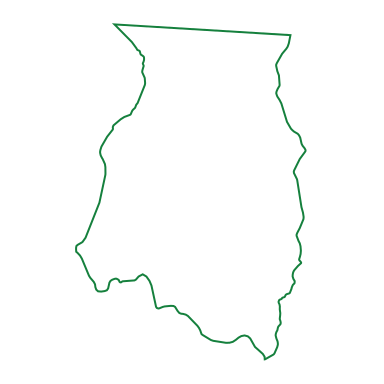 SVG path tracing the border of Wadi Fira, rotated 93°
{"feature_id": "TCD-1473", "entity_name": "Wadi Fira", "entity_type": "Prefecture", "adm_level": 1, "iso_a3": "TCD", "parent_name": "Chad", "parent_adm1": "", "projection": "orthographic", "projection_center": [21.824, 14.959], "detail": "fine", "context": "isolated", "style": "outline", "palette": "green", "viewbox_px": 384, "rotation_deg": 93, "n_neighbors": 0, "source": "natural_earth", "source_scale": "10m", "svg_char_len": 3650}
<svg xmlns="http://www.w3.org/2000/svg" viewBox="0 0 384 384"><g transform="rotate(93 192 192)"><path d="M355.3,110.6L352.7,110.9L350.0,112.8L343.4,121.0L335.2,126.2L333.2,128.7L332.5,132.0L333.3,135.2L335.0,137.9L337.3,140.4L339.5,143.4L340.6,146.8L340.8,150.4L339.5,163.0L338.8,165.4L334.1,174.1L333.3,175.1L329.8,176.5L327.4,177.9L325.3,179.6L316.0,189.6L314.8,191.8L314.2,194.5L314.1,196.5L313.5,198.3L311.5,200.2L307.6,202.9L306.8,204.5L306.8,207.3L307.7,213.3L308.3,215.2L309.9,218.6L310.1,219.6L309.6,221.1L308.5,221.9L287.5,227.6L283.0,229.8L278.8,233.1L276.8,236.9L279.2,240.9L282.4,243.4L283.3,244.8L284.8,256.5L285.1,257.1L285.6,257.7L286.0,258.3L285.9,259.1L285.4,259.7L284.0,260.4L283.5,260.8L282.6,262.7L282.5,263.5L282.8,264.8L283.8,267.1L285.0,268.7L286.8,269.7L292.7,270.7L294.6,271.9L295.5,274.0L296.2,277.5L296.1,280.6L294.5,282.5L292.1,283.5L289.3,284.0L286.9,285.4L283.0,289.1L281.0,290.5L264.3,298.5L261.3,300.5L258.8,303.1L257.7,304.5L254.9,304.8L253.2,304.8L251.8,304.5L250.7,303.3L248.1,299.3L247.6,298.7L243.2,295.9L207.5,283.9L179.4,279.4L178.0,279.4L171.7,279.8L168.7,280.4L163.8,282.9L163.0,283.5L161.1,284.6L160.2,285.1L158.1,285.7L156.9,285.9L154.9,285.7L151.4,284.8L141.2,279.6L133.8,274.4L133.3,274.3L132.6,274.3L131.4,274.5L130.5,274.2L129.8,274.0L129.3,273.6L123.1,267.0L120.6,263.5L118.4,258.4L118.2,258.0L117.9,257.5L117.4,257.2L114.4,256.1L113.6,255.7L112.7,255.0L111.2,253.5L110.7,253.2L110.2,253.0L107.9,252.3L107.4,252.0L106.5,251.3L106.1,251.0L87.6,244.7L86.8,244.6L85.8,244.5L81.1,245.1L80.6,245.2L80.1,245.4L75.2,247.9L74.6,248.0L73.9,248.0L72.6,247.8L68.9,246.9L68.4,246.9L67.9,247.1L66.9,247.6L66.4,247.8L66.0,247.8L65.5,247.6L65.0,247.4L64.4,247.2L63.1,246.9L62.5,246.8L60.6,246.9L59.8,247.1L59.2,247.5L58.4,248.6L57.7,249.9L57.3,250.4L56.8,250.7L54.2,251.5L53.9,251.8L53.5,252.5L53.0,254.0L51.3,255.1L45.4,259.9L28.7,278.2L30.2,101.9L38.5,103.1L41.9,104.1L44.0,105.3L49.2,109.2L59.0,114.1L60.5,114.6L61.1,114.6L61.8,114.5L66.9,113.1L71.0,111.3L80.5,110.1L81.3,110.2L81.9,110.4L82.9,111.0L84.7,111.9L87.1,112.8L88.3,113.0L89.2,113.0L91.3,112.2L92.3,111.7L95.3,109.5L98.9,107.4L117.0,100.8L123.6,96.5L125.1,94.9L126.4,93.2L128.2,89.7L128.5,89.3L129.3,88.5L130.1,87.9L132.0,86.8L138.1,85.1L140.0,84.0L142.5,81.8L144.0,80.9L144.5,80.8L145.1,80.8L146.1,81.3L153.4,86.1L165.0,91.1L166.2,91.4L167.0,91.3L167.7,91.2L173.8,87.8L174.9,87.5L201.4,81.9L206.8,80.1L210.6,79.3L211.7,79.2L213.3,79.3L213.9,79.5L222.4,82.5L227.2,84.7L229.0,85.3L229.8,85.3L230.4,85.2L235.2,83.1L237.6,81.7L240.5,80.8L244.9,80.2L248.2,80.3L250.9,80.8L253.6,81.5L254.1,81.4L254.6,81.2L255.9,79.9L256.6,79.4L257.0,79.3L257.4,79.4L260.3,82.3L264.5,85.6L265.5,86.2L266.8,86.7L267.7,86.9L269.3,87.1L270.3,87.1L271.0,87.1L271.6,86.9L273.2,86.3L273.7,86.1L274.8,85.3L275.6,84.8L276.4,84.8L277.2,84.8L277.8,84.9L278.2,85.2L279.0,86.0L279.4,86.3L279.9,86.6L282.2,87.4L283.5,87.6L287.6,89.0L288.1,89.5L288.4,90.2L289.0,91.9L289.3,92.4L289.6,92.8L290.0,93.1L290.4,93.3L291.2,93.6L291.7,93.8L292.1,94.2L292.3,94.7L292.7,95.8L292.9,96.2L293.4,96.6L293.9,96.8L294.2,97.2L294.5,97.7L294.7,98.2L294.9,98.7L295.3,99.2L296.0,99.5L297.0,99.8L297.7,99.7L298.3,99.5L299.7,98.7L300.3,98.6L301.5,98.3L304.6,98.2L308.3,97.5L310.5,97.5L313.5,97.7L314.4,97.7L316.4,96.9L317.7,96.6L318.6,96.6L319.2,96.7L319.7,97.0L321.8,98.7L322.3,98.9L322.9,99.1L325.5,99.5L326.1,99.7L326.7,100.1L327.5,100.4L328.9,100.8L329.8,100.9L330.6,101.0L331.8,100.7L334.0,100.0L336.1,99.0L336.9,98.7L338.3,98.4L339.3,98.3L340.1,98.3L342.5,98.8L348.8,101.2L349.3,101.5L349.7,101.8L350.1,102.2L355.2,110.2L355.3,110.6L355.3,110.6Z" fill="none" stroke="#15803d" stroke-width="2"/></g></svg>